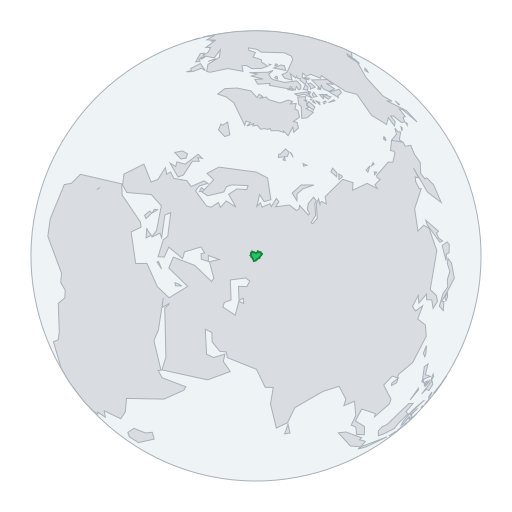 Samara highlighted on a globe, orthographic projection, rotated 29°
{"feature_id": "RUS-2392", "entity_name": "Samara", "entity_type": "Region", "adm_level": 1, "iso_a3": "RUS", "parent_name": "Russia", "parent_adm1": "", "projection": "orthographic", "projection_center": [50.566, 53.218], "detail": "fine", "context": "on_globe", "style": "filled", "palette": "green", "viewbox_px": 512, "rotation_deg": 29, "n_neighbors": 0, "source": "natural_earth", "source_scale": "10m", "svg_char_len": 13305}
<svg xmlns="http://www.w3.org/2000/svg" viewBox="0 0 512 512"><g transform="rotate(29 256 256)"><circle cx="256" cy="256" r="225" fill="#eef3f6" stroke="#a8b0b8"/><path d="M232.0,32.0L240.9,31.7L243.6,35.6L237.7,35.2L239.0,36.6L246.5,37.3L251.0,37.5L265.6,46.5L289.3,54.5L299.8,54.6L295.1,56.9L317.1,55.9L331.9,60.7L313.3,56.9L309.9,57.9L319.0,61.7L317.5,63.6L321.1,66.6L318.5,68.7L307.8,66.9L305.9,68.3L312.5,71.0L314.0,75.1L304.7,70.9L306.4,77.7L288.9,76.9L266.0,65.7L254.3,68.6L225.6,66.5L226.3,69.2L215.8,70.6L212.7,74.4L208.2,73.4L209.6,77.3L214.3,77.6L216.4,79.6L215.0,81.9L209.1,80.9L208.9,79.5L206.5,80.5L204.1,79.0L204.5,81.1L197.5,79.8L202.3,84.6L194.9,86.6L190.8,84.8L194.1,80.3L192.9,66.4L189.8,64.0L182.1,64.6L161.6,75.2L157.0,74.7L148.6,77.5L149.8,79.6L156.8,78.3L156.9,83.4L165.4,81.7L166.7,83.7L174.3,84.2L170.0,89.2L161.7,94.1L155.2,94.1L151.4,96.4L155.1,100.8L140.5,105.7L126.7,117.6L123.3,118.5L121.1,111.7L127.6,100.0L124.8,92.8L123.4,102.9L114.8,105.8L112.1,108.7L110.7,111.9L112.7,113.1L109.1,115.4L109.1,105.9L112.4,103.6L112.4,106.5L115.3,101.2L115.3,95.6L111.0,97.9L115.5,88.2L112.5,89.9L111.8,88.9L116.3,86.8L108.3,90.7L112.9,82.8L103.6,90.1L105.8,88.1L116.2,79.5L123.4,74.0L131.2,68.4L130.6,68.8L146.1,59.3L162.3,51.1L179.1,44.2L196.4,38.7L214.1,34.7L232.0,32.0ZM98.1,95.4L100.9,92.7L98.5,95.1L98.1,95.4ZM253.3,37.4L246.8,37.2L240.6,36.1L246.2,35.9L253.3,37.4ZM264.8,40.9L261.3,41.0L260.2,38.9L262.5,39.4L264.8,40.9ZM307.7,54.5L302.6,52.9L308.0,53.9L307.7,54.5ZM322.0,66.7L323.9,66.7L324.9,68.3L322.0,66.7ZM176.1,81.4L175.2,82.7L174.3,81.9L176.1,81.4ZM180.3,80.5L179.9,78.6L181.8,77.9L182.0,79.0L180.3,80.5ZM321.9,73.1L323.0,76.0L320.1,72.7L321.9,73.1ZM180.4,83.0L185.2,76.8L188.6,75.7L192.2,79.3L180.4,83.0ZM322.4,77.5L325.1,85.0L329.6,85.3L318.5,89.0L319.8,81.2L315.5,76.9L320.0,78.5L322.4,77.5ZM216.3,76.7L211.3,76.5L216.8,74.6L216.3,76.7ZM219.3,75.0L233.1,67.0L239.8,68.8L233.8,71.0L243.6,71.8L240.1,76.6L233.9,77.2L230.3,75.0L231.7,78.6L219.3,75.0ZM311.9,90.0L310.9,91.7L309.9,89.6L311.9,90.0ZM217.7,80.2L219.9,78.3L225.9,79.6L222.6,83.7L221.7,81.9L217.7,80.2ZM247.9,69.9L251.7,71.8L249.9,76.1L251.2,77.5L240.6,76.9L247.9,69.9ZM219.6,82.9L220.7,85.8L216.6,87.4L216.0,82.2L219.6,82.9ZM228.8,78.3L231.5,79.2L228.9,80.0L228.8,78.3ZM202.7,95.2L205.2,92.6L208.6,93.0L202.7,95.2ZM221.4,86.8L222.8,86.3L224.4,86.2L224.3,88.5L221.4,86.8ZM240.1,80.1L238.5,81.6L244.3,80.5L243.2,83.9L236.3,83.0L238.8,84.8L238.5,85.9L233.3,84.0L240.1,80.1ZM229.0,90.7L219.8,91.1L214.5,95.7L211.4,95.3L220.5,88.1L229.0,90.7ZM231.9,86.9L229.4,89.2L226.8,87.5L227.0,84.9L231.9,86.9ZM245.0,86.7L248.4,81.6L249.8,82.0L245.0,86.7ZM227.9,92.4L230.1,92.2L227.8,92.9L227.9,92.4ZM240.3,88.7L241.3,86.8L242.9,87.3L240.3,88.7ZM233.7,93.7L230.8,93.8L230.8,92.0L233.7,93.7ZM237.2,91.7L239.0,92.8L232.6,91.3L237.4,90.7L237.2,91.7ZM241.6,89.5L242.8,89.2L240.9,90.2L241.6,89.5ZM235.4,100.8L227.2,99.3L227.3,95.2L235.2,97.1L235.4,100.8ZM154.2,457.0L153.4,456.6L139.9,448.4L120.4,429.2L123.6,425.2L120.9,418.0L106.0,393.2L109.1,385.2L105.6,378.3L98.1,373.9L94.3,365.3L89.9,361.6L64.4,339.7L58.0,323.2L53.7,286.5L59.3,281.9L62.8,269.7L103.6,258.0L109.4,267.6L138.4,282.3L141.5,286.4L135.1,295.5L154.4,320.9L164.2,315.4L184.7,330.7L200.2,334.7L211.0,315.7L185.6,308.8L184.2,297.1L206.9,293.9L229.6,299.9L229.8,295.7L217.9,283.5L225.7,276.9L214.1,278.6L216.9,283.9L209.8,285.3L206.8,280.6L209.6,278.3L203.5,274.7L191.5,287.1L193.0,293.8L175.4,290.5L176.3,301.4L170.7,304.1L167.0,286.7L169.3,281.6L160.4,259.4L156.4,264.3L164.6,285.8L160.9,282.7L155.5,290.2L156.7,282.1L148.9,258.0L134.7,253.0L112.2,263.1L104.9,258.6L100.8,248.4L113.4,230.0L128.4,242.2L133.1,236.5L133.9,222.7L138.4,227.8L140.6,223.9L146.6,228.0L158.9,223.6L165.6,226.7L174.1,215.5L178.7,215.8L172.4,222.2L171.6,228.5L188.7,236.3L193.1,235.1L197.2,227.4L201.4,230.8L203.2,222.3L214.8,223.0L202.2,215.3L206.7,206.8L215.7,202.4L214.9,198.3L200.2,205.6L196.5,209.8L196.8,215.6L184.5,226.8L177.8,226.2L182.1,209.8L173.1,207.5L180.4,196.3L215.5,182.5L228.3,182.1L241.7,199.6L236.7,204.5L229.3,200.5L232.7,212.2L234.1,207.4L237.6,210.4L242.8,203.5L245.5,205.4L245.8,195.8L249.7,197.4L249.4,203.4L260.5,195.2L269.6,196.6L270.8,193.9L269.5,190.6L281.9,194.9L282.2,192.7L278.3,190.4L276.3,184.8L277.8,176.6L282.0,178.6L282.1,181.7L288.5,191.6L288.0,200.2L289.9,200.3L291.3,193.3L283.5,181.1L283.1,175.7L287.7,180.8L286.0,178.5L287.2,176.5L292.3,176.4L287.7,170.6L294.7,146.9L305.3,144.8L308.6,151.7L318.0,138.6L329.2,138.2L325.5,136.0L327.5,128.8L324.0,128.8L322.4,127.2L326.1,109.9L330.2,107.6L327.6,98.5L325.7,97.5L322.5,98.6L318.5,89.0L329.6,85.3L333.3,87.7L337.8,84.2L345.6,90.5L354.1,94.4L360.1,104.0L366.4,106.6L367.4,104.9L376.6,107.5L392.1,119.4L375.1,117.0L350.9,102.6L360.4,108.8L356.9,109.7L359.5,113.5L366.3,118.0L367.9,117.1L371.8,137.7L385.5,155.7L387.8,147.8L393.9,147.8L411.5,163.6L424.7,201.0L433.0,203.1L436.7,207.8L436.3,216.0L431.0,209.2L426.5,211.5L423.6,206.7L421.3,218.2L417.0,211.8L417.3,224.3L422.2,226.8L425.9,218.7L428.0,232.8L437.6,234.2L443.8,243.6L444.7,273.2L438.1,290.2L438.7,294.0L433.4,295.0L430.3,307.0L443.4,315.7L444.4,320.7L437.6,339.2L436.7,335.9L422.7,338.6L422.9,352.0L433.6,352.6L437.4,359.8L430.4,363.3L426.3,357.2L421.3,357.8L420.6,347.1L412.6,335.3L405.4,344.3L404.0,337.6L391.9,329.7L380.4,341.7L363.5,369.7L364.4,386.5L357.2,396.6L340.5,378.5L334.8,362.6L327.7,366.4L311.4,354.9L280.1,358.8L276.7,354.2L270.6,356.9L259.3,352.4L254.5,344.3L247.2,344.7L260.4,365.9L268.3,365.3L276.4,356.8L278.5,364.1L289.5,369.5L273.7,387.8L228.9,401.2L226.3,388.2L201.4,345.7L203.2,341.3L203.1,340.8L202.9,339.8L198.8,346.5L195.2,337.6L206.5,368.0L207.7,379.5L228.2,401.9L225.9,403.6L233.0,408.0L258.1,404.4L257.9,408.4L244.9,425.8L211.8,443.3L217.2,455.7L216.6,463.9L198.4,465.0L202.4,470.1L193.3,469.2L194.4,471.0L188.4,470.4L177.7,467.2L175.3,466.3L154.2,457.0ZM86.4,271.8L84.6,275.1L86.4,271.8ZM251.7,316.7L266.5,317.9L263.0,304.0L268.4,303.5L265.2,299.1L262.7,303.1L255.4,291.0L262.8,287.1L262.7,280.9L257.7,280.2L245.1,289.4L255.5,306.5L250.8,312.0L251.7,316.7ZM96.3,97.3L97.0,96.6L98.7,95.0L96.3,97.3ZM114.8,106.3L114.7,107.1L112.7,110.5L112.3,109.1L114.8,106.3ZM111.4,125.3L105.7,128.7L109.6,125.1L108.0,123.6L114.1,114.6L121.9,118.5L117.3,118.2L111.4,125.3ZM124.4,104.2L119.6,109.1L124.5,103.6L124.4,104.2ZM146.6,199.8L147.4,204.3L143.2,207.6L134.8,204.8L140.7,199.8L146.6,199.8ZM149.5,210.0L156.1,195.1L161.7,196.6L157.4,198.2L160.4,200.7L154.4,204.0L153.2,220.5L149.5,224.6L135.9,216.5L142.4,216.7L141.2,212.1L149.5,210.0ZM163.3,158.0L166.2,152.6L174.4,162.7L170.7,166.7L162.0,163.8L161.3,157.5L163.3,158.0ZM185.9,91.0L186.5,88.9L188.1,89.1L189.0,91.0L185.9,91.0ZM203.6,93.9L185.0,100.3L184.7,98.2L174.2,104.9L169.3,102.1L176.4,97.8L164.7,100.9L169.1,95.9L161.3,98.8L177.5,89.4L181.0,85.3L178.9,90.8L183.2,93.4L186.1,93.3L197.0,90.2L206.7,83.1L212.5,84.9L214.1,88.1L212.7,90.0L209.3,88.1L209.8,92.1L203.9,91.0L203.6,93.9ZM229.0,129.5L225.7,125.6L225.7,135.2L219.7,133.3L220.1,134.5L214.6,135.6L208.6,139.1L206.4,137.5L205.0,139.6L201.4,140.5L198.7,142.9L193.8,141.0L190.1,143.8L189.8,141.3L184.9,146.9L186.4,141.9L181.8,142.9L182.8,147.2L162.4,132.8L152.8,131.3L144.0,132.9L147.6,124.7L158.2,118.2L171.5,114.1L180.2,117.0L180.3,113.0L184.5,113.3L182.7,116.4L188.0,111.9L191.0,113.1L202.8,110.6L208.6,104.0L213.0,103.1L212.3,106.3L217.2,103.2L218.8,108.7L222.0,108.3L226.8,113.5L223.5,120.2L227.3,119.3L231.1,123.5L229.0,129.5ZM236.5,102.4L233.8,110.3L229.3,113.4L222.9,103.1L219.7,102.7L215.5,96.7L222.2,92.5L222.8,94.6L224.9,95.6L222.0,96.5L225.9,96.6L226.9,99.6L230.2,100.5L228.4,102.8L236.5,102.4ZM146.9,284.6L149.6,286.6L154.4,288.6L151.1,293.5L146.9,284.6ZM141.3,268.2L144.0,269.0L141.7,276.5L138.8,274.5L141.3,268.2ZM147.5,263.3L144.4,268.5L144.4,264.5L147.5,263.3ZM175.1,222.6L178.3,223.1L177.9,225.1L175.2,227.2L175.1,222.6ZM227.7,159.0L226.5,155.9L227.9,155.2L229.9,148.1L234.5,149.1L235.1,153.8L227.7,159.0ZM205.6,318.2L200.0,321.1L198.1,318.6L200.4,318.1L205.6,318.2ZM173.3,308.0L179.8,313.2L172.4,309.3L173.3,308.0ZM233.0,158.9L233.2,155.8L235.3,158.3L233.0,158.9ZM237.9,149.5L240.7,151.8L235.3,148.4L237.9,149.5ZM255.7,465.5L243.6,476.2L232.8,475.5L229.4,472.5L232.9,465.9L245.1,464.4L250.7,460.5L255.7,465.5ZM462.6,343.9L464.8,339.5L464.5,340.3L462.6,343.9ZM460.4,347.0L463.3,341.6L459.5,349.2L460.4,347.0ZM464.3,339.5L467.2,332.6L468.5,329.2L468.0,330.8L464.3,339.5ZM458.2,350.7L444.7,369.7L438.8,375.4L440.6,371.5L450.2,360.3L458.2,350.7ZM440.1,372.1L430.5,376.4L413.8,370.7L419.9,366.4L436.6,363.7L435.6,366.6L441.5,365.1L440.1,372.1ZM461.7,332.9L460.6,339.8L453.6,350.1L450.2,353.9L447.8,349.6L449.2,343.9L452.2,340.2L461.2,311.0L464.8,308.8L462.7,319.5L465.5,320.2L461.7,332.9ZM365.6,387.6L371.5,394.3L367.3,397.7L365.6,387.6ZM462.9,294.5L460.6,307.2L462.1,293.0L462.9,294.5ZM462.7,282.9L463.8,285.8L461.6,285.3L462.7,282.9ZM440.4,298.8L437.3,303.6L436.4,301.3L439.6,293.9L440.4,298.8ZM448.5,251.7L451.9,259.0L452.5,262.3L449.5,259.9L448.5,251.7ZM272.2,165.9L264.4,174.5L261.8,181.9L265.0,187.8L257.1,183.4L261.1,171.9L272.2,165.9ZM291.5,148.9L288.6,144.2L292.0,144.1L293.2,145.1L291.5,148.9ZM288.2,147.6L280.6,146.0L280.4,142.0L286.4,144.0L288.2,147.6ZM256.6,152.0L254.0,154.4L252.3,152.3L256.6,152.0ZM467.9,332.2L471.6,320.8L472.9,316.5L467.9,332.2ZM479.3,285.6L478.7,289.4L478.5,289.5L479.5,282.8L477.8,289.7L479.8,278.5L480.0,280.0L480.8,269.8L480.9,268.2L479.3,285.6ZM474.7,305.6L474.4,307.5L473.7,308.8L474.7,305.6ZM475.7,301.5L477.5,295.5L475.4,303.5L475.7,301.5ZM467.2,318.3L468.1,319.9L471.2,310.9L468.8,319.4L470.3,320.8L469.3,324.5L468.0,322.6L466.5,330.8L465.1,333.6L464.9,329.5L466.7,319.5L468.1,313.7L473.2,300.3L467.2,318.3ZM475.9,297.1L475.3,294.7L475.7,290.3L476.4,290.5L475.9,297.1ZM472.4,289.9L469.5,289.7L467.8,296.3L470.3,279.6L472.8,282.5L472.4,289.9ZM468.4,282.6L467.0,288.7L467.9,280.0L468.4,282.6ZM466.0,288.0L464.8,284.8L466.5,281.9L466.0,288.0ZM469.4,280.5L468.1,273.3L469.8,275.3L469.4,280.5ZM461.6,277.7L466.9,276.7L461.6,283.4L456.9,271.3L458.8,267.0L461.6,277.7ZM443.9,203.1L441.0,200.3L441.4,195.7L443.3,198.9L443.9,203.1ZM440.2,179.2L440.6,193.6L440.4,205.7L442.5,204.7L446.2,213.0L440.7,211.1L437.8,198.1L438.7,190.1L434.8,183.9L433.0,175.4L427.1,169.9L425.0,164.9L430.6,167.6L440.2,179.2ZM424.5,167.9L413.7,156.6L416.4,151.0L419.4,152.2L423.3,159.6L421.6,162.1L424.5,167.9ZM411.9,152.3L410.2,154.8L390.6,145.7L387.2,142.5L403.5,145.8L402.7,148.4L407.1,151.8L411.9,152.3ZM313.4,92.3L311.2,91.7L313.1,91.0L313.4,92.3ZM320.5,127.4L318.6,125.1L321.0,124.1L320.5,127.4ZM314.8,118.4L313.4,121.1L313.1,117.5L314.8,118.4ZM310.6,127.5L312.0,121.8L313.2,128.4L310.6,127.5Z" fill="#d9dde1" stroke="#a8b0b8" stroke-width="1"/><path d="M257.9,250.3L257.9,250.5L258.1,250.6L258.2,250.4L258.3,250.4L258.5,250.7L258.8,250.8L259.1,250.8L259.1,251.0L259.3,251.2L259.4,251.3L259.4,251.5L259.5,251.5L259.5,251.4L259.7,251.2L259.8,251.1L260.0,251.1L260.3,251.0L260.4,251.3L260.5,251.4L260.5,251.6L260.4,251.6L260.2,251.6L259.9,251.6L259.8,251.8L260.0,251.9L260.1,252.0L259.9,252.3L260.0,252.4L260.3,252.5L260.3,252.8L260.2,252.9L260.2,253.0L260.3,253.1L260.2,253.3L260.1,253.6L260.0,253.9L259.9,254.1L259.9,254.3L259.8,254.6L259.7,254.6L259.5,254.8L259.6,255.0L259.8,255.3L259.8,255.5L259.7,255.6L259.8,255.8L259.7,255.9L259.7,256.0L259.5,256.3L259.8,256.4L259.7,256.5L259.5,256.8L259.4,256.9L259.2,257.0L259.0,257.3L258.9,257.3L258.7,257.5L258.8,257.6L258.8,257.8L258.8,258.0L258.7,258.2L258.4,258.1L258.3,258.3L258.3,258.5L258.2,258.5L258.2,258.8L258.3,258.9L258.4,259.0L258.2,259.1L258.2,259.3L258.0,259.6L258.0,259.8L258.1,260.4L257.9,260.5L257.4,260.9L257.3,261.0L257.2,261.1L256.8,261.4L256.5,261.7L256.4,261.6L256.4,261.4L256.4,261.2L256.2,261.0L256.0,260.9L255.9,260.9L255.6,260.8L255.5,260.7L255.4,260.6L255.2,260.6L255.1,260.4L255.0,260.2L254.8,260.2L254.7,260.0L254.2,260.0L254.0,259.7L253.9,259.6L253.7,259.5L253.8,259.4L253.7,259.3L253.6,259.2L253.5,259.3L253.5,259.5L253.4,259.5L253.3,259.3L253.3,259.2L253.2,259.2L253.1,258.9L252.9,258.8L252.7,258.8L252.4,258.8L252.2,258.8L252.1,259.0L251.9,258.8L251.9,258.7L251.6,258.5L251.6,258.3L251.5,258.2L251.4,258.2L251.2,258.1L250.8,258.1L250.7,258.1L250.8,257.9L250.9,257.7L251.2,257.5L251.3,257.4L251.3,257.1L251.2,256.9L250.8,256.9L250.7,256.8L250.8,256.6L250.6,256.5L250.5,256.8L250.3,256.6L250.3,256.4L250.4,256.2L250.2,256.1L250.2,255.9L250.2,255.7L249.9,255.4L249.9,255.2L250.0,255.2L250.1,254.9L250.4,254.9L250.5,255.1L250.6,254.9L250.7,255.0L250.9,254.9L250.9,254.7L251.0,254.5L250.9,254.4L250.8,254.2L251.0,254.3L251.1,254.2L251.3,254.2L251.2,254.1L251.1,253.9L251.5,253.9L252.0,254.0L252.2,253.8L252.4,253.5L252.4,253.4L253.1,253.5L253.2,253.4L253.3,253.4L253.7,253.5L253.8,253.5L254.1,253.5L254.1,253.4L254.3,253.4L254.3,253.5L254.7,253.6L254.8,253.6L254.8,253.4L254.7,253.4L254.6,253.2L254.8,253.0L254.9,252.9L255.1,252.8L255.2,252.6L255.2,252.4L255.3,252.0L255.3,251.8L255.3,251.7L255.2,251.4L255.0,251.2L254.9,251.0L254.9,250.9L255.0,250.9L255.2,251.0L255.3,251.2L255.5,251.1L255.8,251.3L255.9,251.5L256.0,251.6L256.1,251.4L256.3,251.3L256.3,251.2L256.4,251.3L256.6,251.4L256.7,251.5L256.8,251.5L256.9,251.4L257.0,251.3L257.0,251.2L257.0,250.9L257.2,250.7L257.3,250.6L257.4,250.4L257.5,250.4L257.9,250.3ZM260.0,255.3L260.0,255.5L259.9,255.4L260.0,255.3Z" fill="#22c55e" stroke="#15803d" stroke-width="1.5"/></g></svg>